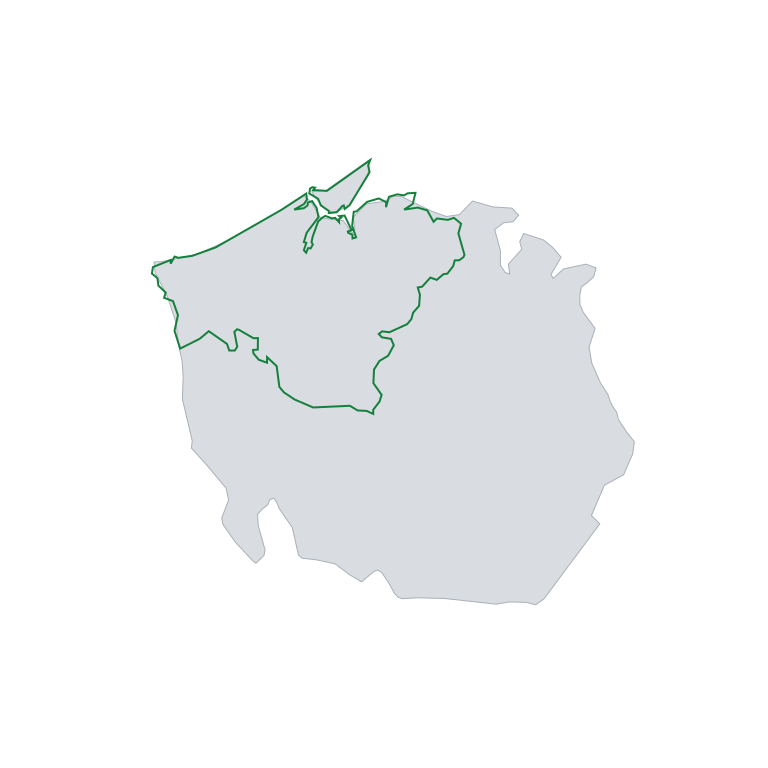 location of Southern within Sierra Leone, rotated 127°
{"feature_id": "SLE-760", "entity_name": "Southern", "entity_type": "Province", "adm_level": 1, "iso_a3": "SLE", "parent_name": "Sierra Leone", "parent_adm1": "", "projection": "robinson", "projection_center": [-12.13, 7.714], "detail": "medium", "context": "in_parent", "style": "outline", "palette": "green", "viewbox_px": 768, "rotation_deg": 127, "n_neighbors": 0, "source": "natural_earth", "source_scale": "10m", "svg_char_len": 3542}
<svg xmlns="http://www.w3.org/2000/svg" viewBox="0 0 768 768"><g transform="rotate(127 384 384)"><path d="M604.3,378.4L604.0,383.6L599.8,407.4L593.2,427.9L588.8,432.9L570.2,438.3L562.3,447.3L555.5,476.4L551.1,499.2L544.7,503.0L517.3,536.0L499.4,548.5L487.0,559.2L475.1,573.2L460.3,586.8L444.3,609.8L432.9,633.6L425.1,641.1L419.3,634.4L392.0,610.8L363.3,595.0L302.1,568.7L281.8,561.3L282.5,551.9L289.5,534.8L278.1,514.8L282.6,500.2L278.1,500.2L269.4,509.0L250.7,506.4L238.4,493.9L228.3,489.3L223.8,483.0L217.4,450.0L212.7,435.0L203.4,425.7L184.6,423.4L176.9,403.3L166.5,387.6L168.2,378.0L176.7,378.6L183.3,385.5L194.0,388.5L207.3,371.5L219.2,362.4L222.0,354.3L220.5,349.9L213.3,356.8L193.5,355.0L188.7,361.2L179.8,363.1L173.0,343.3L173.4,331.7L176.2,318.8L196.1,316.6L197.8,312.5L184.0,309.8L166.7,294.8L163.7,284.5L172.2,281.1L180.4,282.6L187.5,284.8L195.2,281.2L202.4,275.5L206.7,268.3L212.6,248.9L231.2,242.4L242.3,230.6L252.7,212.2L257.5,199.2L261.8,192.8L264.6,187.2L266.6,181.1L271.3,175.4L276.2,161.7L279.5,149.3L290.3,143.3L312.3,138.0L332.1,147.1L364.2,139.2L365.9,127.5L395.3,127.3L430.2,127.1L459.2,126.9L469.1,130.0L472.7,138.8L482.3,152.4L492.3,161.9L504.6,182.6L519.0,206.8L534.6,228.6L544.6,240.4L545.7,244.6L545.0,249.3L540.1,260.4L535.9,272.4L536.3,276.9L539.3,279.1L555.5,282.9L557.0,296.3L557.1,314.8L565.0,332.0L572.5,344.7L572.1,349.3L553.8,370.9L546.6,392.5L543.0,398.5L541.5,403.3L545.2,405.6L550.3,404.2L557.4,406.0L564.2,406.6L573.1,398.9L588.1,379.1L593.1,376.7L604.3,378.4ZM275.8,552.9L273.7,557.3L263.9,546.6L213.5,530.5L227.7,522.0L262.8,519.5L273.2,524.5L277.8,528.6L279.6,536.5L275.8,552.9Z" fill="#d9dde1" stroke="#a8b0b8" stroke-width="1"/><path d="M478.4,568.1L467.6,583.3L453.0,590.0L444.8,602.4L447.5,611.5L442.4,613.3L441.2,623.4L435.8,628.7L435.5,635.8L429.7,638.9L413.3,629.0L416.3,626.8L408.3,627.9L407.0,624.2L397.2,614.4L376.4,600.7L306.8,570.8L278.7,560.7L283.1,556.5L288.5,556.2L298.8,560.7L291.8,553.8L287.5,552.5L284.9,554.0L281.2,551.5L283.9,543.8L290.2,536.7L309.7,536.8L318.9,533.4L318.0,531.0L325.4,528.5L326.0,525.2L321.0,526.4L319.9,524.2L315.4,524.8L314.4,527.2L309.2,529.7L293.8,534.4L288.3,533.4L285.0,532.0L283.1,525.3L280.7,523.0L281.8,517.3L279.6,519.2L276.8,518.3L276.8,520.7L273.2,516.8L280.7,502.4L283.9,504.7L284.8,503.5L283.8,499.1L286.7,496.7L283.7,494.5L276.8,504.7L264.7,511.8L262.6,509.8L248.7,507.1L238.9,499.8L237.5,491.6L241.6,488.8L231.5,492.7L224.6,487.6L221.3,481.5L217.5,479.9L212.4,473.9L223.0,469.4L232.6,472.9L222.8,463.2L219.3,454.0L224.6,442.0L219.9,441.3L214.5,431.8L209.2,428.1L209.6,418.9L219.0,415.2L232.4,397.5L234.8,396.9L239.8,398.3L242.7,401.9L248.1,399.7L257.7,399.8L260.5,402.6L269.1,404.5L271.1,411.0L283.3,412.1L286.6,415.1L291.1,409.0L300.5,403.0L309.4,403.7L315.8,401.2L322.2,401.5L339.4,410.8L343.0,417.1L347.2,418.3L348.0,413.8L343.7,405.5L347.2,399.5L359.0,397.7L368.2,401.5L378.4,400.7L389.7,393.0L394.1,379.4L400.6,377.0L411.1,377.1L414.4,374.6L415.9,381.6L421.0,389.2L421.9,398.1L445.4,426.5L450.2,446.2L450.9,458.8L449.3,465.8L434.3,480.5L432.9,493.6L437.4,490.2L440.0,498.6L438.2,506.6L435.6,509.1L432.5,505.5L423.2,512.3L426.0,515.8L428.0,532.3L428.7,534.3L432.4,534.9L442.6,523.6L447.1,523.3L450.4,527.7L446.5,533.5L447.3,555.7L458.8,558.4L478.4,568.1ZM280.7,531.0L279.0,532.2L279.4,541.9L275.8,548.1L276.8,558.3L272.4,560.7L270.0,559.7L268.7,557.3L271.7,557.3L264.2,545.9L213.5,529.8L218.9,528.3L223.5,523.0L261.9,519.1L267.8,520.7L265.6,523.6L267.0,524.4L275.3,525.1L280.7,531.0Z" fill="none" stroke="#15803d" stroke-width="2"/></g></svg>